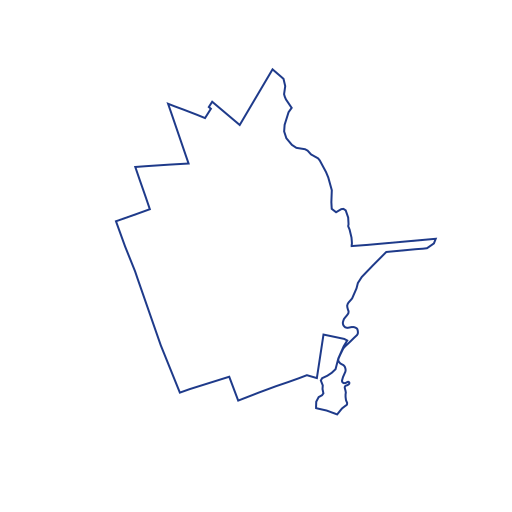 Bujoru, Teleorman, Romania, rotated 220°
{"feature_id": "2599482B24334179401508", "entity_name": "Bujoru", "entity_type": "district", "adm_level": 2, "iso_a3": "ROU", "parent_name": "Romania", "parent_adm1": "Teleorman", "projection": "orthographic", "projection_center": [25.545, 43.726], "detail": "fine", "context": "isolated", "style": "outline", "palette": "blue", "viewbox_px": 512, "rotation_deg": 220, "n_neighbors": 0, "source": "geoboundaries", "source_scale": "gbopen_adm2", "svg_char_len": 2790}
<svg xmlns="http://www.w3.org/2000/svg" viewBox="0 0 512 512"><g transform="rotate(220 256 256)"><path d="M338.9,166.6L337.4,165.7L332.3,162.6L271.6,126.4L226.5,102.4L221.1,111.6L198.9,146.3L176.7,133.8L169.1,147.6L166.0,153.3L157.0,169.1L150.2,180.3L144.7,189.7L140.4,197.4L130.9,201.6L153.8,239.2L141.5,245.8L135.1,249.2L131.8,249.9L130.8,243.3L127.1,230.5L122.3,220.4L122.9,215.2L124.4,210.1L126.8,204.9L126.3,202.3L121.7,199.8L119.5,196.8L116.7,194.6L116.1,194.1L115.9,191.8L117.3,188.2L116.2,183.1L114.0,180.3L113.0,179.0L112.2,178.1L110.9,178.7L102.6,183.0L92.0,186.8L92.1,192.6L92.1,194.6L91.7,196.5L91.3,198.3L90.9,199.8L90.8,200.3L90.9,200.8L91.3,201.4L91.7,202.0L92.4,202.4L93.5,202.9L94.5,203.5L96.8,205.6L98.4,207.5L99.4,209.1L100.8,210.3L102.8,211.7L103.6,212.4L103.9,213.0L104.0,213.8L103.7,214.7L103.0,215.7L102.7,216.6L102.5,217.4L102.5,218.1L102.7,218.5L103.0,218.9L103.5,219.1L104.0,219.1L104.4,219.0L104.7,218.7L105.0,218.2L105.2,217.6L105.5,216.8L105.9,216.1L106.5,215.5L107.1,215.0L107.5,214.9L108.1,214.9L108.6,214.9L109.0,215.0L109.5,215.3L109.9,215.6L110.2,216.2L111.5,219.1L112.6,222.8L113.1,224.6L113.7,225.8L114.7,226.9L115.7,227.6L116.9,228.3L117.9,228.5L118.9,228.6L121.1,228.1L122.5,227.9L123.7,228.1L124.8,228.3L125.7,228.8L126.3,229.4L126.8,230.3L127.4,232.2L128.1,234.7L129.4,239.9L129.7,241.3L129.7,242.9L129.6,244.4L129.2,247.5L128.7,251.9L128.3,256.3L127.9,259.5L127.8,260.3L127.9,260.9L128.0,261.6L128.5,262.6L129.7,263.9L130.6,264.6L131.6,265.2L132.3,265.3L133.0,265.2L134.2,264.9L135.4,264.4L137.1,263.0L139.0,260.6L139.8,259.7L140.7,259.2L141.9,258.7L143.1,258.8L144.2,259.0L145.1,259.4L145.9,260.0L146.8,261.0L147.6,262.8L148.1,264.2L148.2,265.7L148.2,268.9L148.3,270.6L148.5,271.6L149.0,272.4L149.6,273.2L150.9,273.9L152.9,275.3L154.2,276.5L154.6,277.4L155.0,278.4L155.2,279.9L155.1,283.3L155.1,285.3L158.2,295.8L160.6,300.8L161.5,308.0L160.4,324.1L158.8,342.8L137.6,364.3L132.7,369.0L130.0,371.9L127.8,380.0L129.4,384.7L177.8,336.1L181.3,332.7L189.1,325.1L189.8,325.9L190.0,326.4L190.6,327.3L192.4,329.2L194.7,331.5L201.3,336.4L204.2,337.9L204.6,338.2L204.8,338.5L205.5,339.8L210.1,344.7L216.6,348.6L219.3,348.3L220.8,346.7L222.8,341.0L228.3,340.8L232.9,345.7L240.2,355.1L251.1,362.6L256.3,365.3L268.6,370.2L271.2,370.7L279.1,369.2L284.2,369.9L287.1,369.3L294.6,364.8L300.0,364.2L308.4,365.7L314.5,369.5L318.4,374.9L323.5,387.1L323.9,392.4L333.7,395.2L336.3,396.5L338.5,398.0L342.8,404.9L348.8,409.4L363.3,409.6L352.7,345.9L388.7,346.0L387.9,339.8L385.2,339.8L383.7,328.9L392.1,326.2L405.5,321.6L414.4,318.4L421.2,316.1L410.2,309.5L391.0,297.9L374.6,288.0L367.1,283.5L380.9,270.5L397.9,254.2L405.7,246.6L394.1,239.6L378.8,230.5L367.4,223.6L374.6,211.2L385.6,192.6L362.5,179.2L338.9,166.6Z" fill="none" stroke="#1e3a8a" stroke-width="2"/></g></svg>